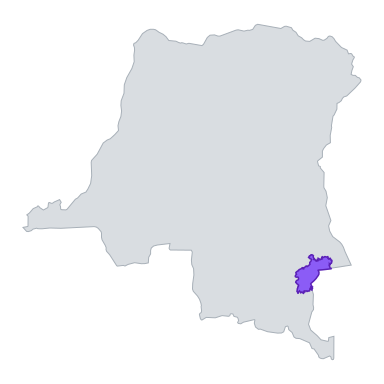 location of Pweto, Katanga, Democratic Republic of the Congo
{"feature_id": "63176286B50481715267247", "entity_name": "Pweto", "entity_type": "district", "adm_level": 2, "iso_a3": "COD", "parent_name": "Democratic Republic of the Congo", "parent_adm1": "Katanga", "projection": "orthographic", "projection_center": [28.595, -8.698], "detail": "fine", "context": "in_parent", "style": "filled", "palette": "violet", "viewbox_px": 384, "rotation_deg": 0, "n_neighbors": 0, "source": "geoboundaries", "source_scale": "gbopen_adm2", "svg_char_len": 8518}
<svg xmlns="http://www.w3.org/2000/svg" viewBox="0 0 384 384"><path d="M351.2,265.1L318.1,270.2L318.8,272.1L318.5,274.1L317.6,275.6L314.3,279.8L309.3,283.5L309.3,284.4L311.8,288.7L313.4,294.5L313.0,304.7L313.6,307.4L313.5,309.6L311.8,312.0L308.5,324.2L310.8,330.1L317.2,335.7L321.0,339.8L327.4,341.3L328.4,341.1L328.8,337.6L333.9,336.3L333.8,358.2L333.4,359.4L332.5,359.7L331.3,359.0L330.9,356.9L329.6,356.0L323.4,358.7L321.8,358.6L320.1,358.1L318.8,357.0L318.5,355.3L314.1,349.0L312.0,348.5L309.5,342.8L299.8,338.6L296.0,338.3L294.0,337.0L292.1,332.5L288.8,329.7L288.1,326.5L287.4,326.0L285.4,326.7L283.7,331.8L281.5,333.0L277.5,333.1L267.5,331.7L260.3,329.1L258.4,329.3L255.5,327.0L254.3,323.1L254.9,320.0L254.3,319.6L243.4,322.2L240.8,323.8L238.3,323.4L237.6,322.6L238.6,320.5L238.0,318.3L237.2,317.2L234.0,316.4L232.9,314.0L230.9,313.7L230.3,314.1L229.8,315.7L228.6,316.3L222.1,315.6L215.3,317.8L206.2,317.4L202.0,320.0L201.3,319.9L200.4,318.7L199.4,314.5L199.9,313.4L201.2,312.6L201.6,310.9L201.1,306.6L201.4,305.6L200.9,303.1L199.5,299.2L197.5,296.0L193.3,291.3L192.5,289.0L192.7,283.6L193.9,275.0L193.6,268.7L191.8,264.6L191.4,260.1L192.3,252.1L191.3,250.2L170.4,250.0L169.6,249.4L169.1,248.3L170.0,243.5L157.4,245.0L153.6,246.0L151.3,248.0L150.6,250.4L150.6,253.9L148.7,257.3L148.3,262.9L144.8,263.6L141.4,263.7L134.6,262.7L128.1,264.4L125.0,266.0L123.3,265.4L117.4,266.1L116.7,265.7L109.7,254.8L106.6,251.3L106.0,249.5L106.2,247.8L105.3,245.5L102.1,239.9L101.5,237.3L101.5,233.1L101.1,231.7L98.2,228.3L96.4,227.1L94.3,226.6L60.9,228.3L49.9,228.0L41.9,228.8L37.8,228.7L36.7,228.2L33.1,229.1L31.2,230.7L28.3,231.6L26.6,231.4L23.0,227.4L27.7,226.5L28.0,226.1L28.1,216.2L26.8,214.9L29.3,213.1L33.2,208.6L37.1,206.9L37.6,206.0L38.5,206.0L39.9,207.7L43.4,210.0L47.6,207.7L48.0,207.1L48.5,202.9L49.5,202.5L51.3,203.3L52.4,203.3L54.2,202.0L59.6,199.6L61.2,202.3L59.8,204.8L60.5,206.5L60.7,209.2L61.6,209.7L65.9,209.9L67.1,209.2L75.4,199.2L77.6,198.0L81.2,194.0L85.9,192.1L87.9,189.0L90.6,183.5L91.7,175.7L91.2,162.3L91.6,160.4L97.2,154.2L103.2,143.0L107.2,140.0L110.2,138.8L114.8,134.6L118.5,130.5L118.0,125.7L118.9,121.6L120.9,116.5L121.6,111.1L120.9,105.4L121.2,100.7L124.0,93.3L124.3,84.8L126.8,77.6L131.9,68.5L134.2,61.7L133.9,55.1L134.6,50.3L134.4,47.4L133.5,45.0L134.0,43.4L135.8,42.7L138.2,40.2L142.5,33.6L147.1,30.4L150.2,29.3L153.5,29.3L155.6,29.8L159.1,32.3L163.0,34.2L166.0,36.7L168.8,40.5L175.9,41.2L178.9,42.6L180.8,43.1L181.5,42.7L182.9,42.9L186.2,44.0L188.9,43.3L202.0,45.6L203.5,44.3L207.3,37.5L210.0,35.2L214.5,34.9L218.0,36.1L219.9,36.1L236.1,30.1L238.2,29.8L244.0,31.1L247.9,30.2L249.4,30.4L252.7,29.4L255.4,25.3L257.7,24.3L280.9,28.5L284.5,26.4L286.2,26.2L291.4,27.7L292.9,30.2L296.0,32.3L298.2,35.8L301.7,37.8L303.5,39.7L305.5,41.0L309.7,41.4L315.1,38.2L318.9,38.6L322.7,40.3L324.1,40.2L326.9,38.4L328.4,36.4L329.9,36.0L332.2,36.8L334.0,38.7L335.6,41.4L341.5,47.5L347.1,50.1L348.5,53.8L350.6,53.5L351.6,53.8L353.1,56.2L354.1,56.7L354.3,57.6L352.9,59.9L351.6,64.1L353.3,66.7L351.9,70.5L351.1,74.4L353.0,75.4L355.3,75.4L357.5,77.4L359.2,77.8L361.0,80.0L360.6,81.8L355.0,88.1L346.7,96.0L343.8,96.9L342.4,98.4L341.3,100.7L338.9,102.6L337.0,103.4L336.9,109.1L334.1,115.0L333.0,116.2L331.4,125.8L331.7,127.5L330.2,135.4L330.4,142.7L326.4,145.0L323.6,148.6L322.4,151.1L322.4,157.1L317.8,160.8L317.5,161.6L318.6,165.8L320.3,166.5L320.3,168.0L324.1,172.5L323.8,186.5L324.0,187.9L326.0,191.2L327.3,197.6L325.8,205.7L330.9,220.5L328.6,225.9L329.7,231.1L332.7,236.6L339.8,242.0L341.7,244.2L343.4,247.2L345.1,251.8L351.2,265.1Z" fill="#d9dde1" stroke="#a8b0b8" stroke-width="1"/><path d="M312.4,287.0L312.4,286.8L312.0,286.5L310.7,283.9L310.9,283.5L312.1,282.4L313.7,281.0L316.1,278.5L316.9,277.3L317.8,276.1L318.8,274.5L319.0,272.9L318.8,271.6L318.2,270.6L318.1,270.3L318.3,270.2L319.3,270.0L322.5,269.8L331.1,268.8L331.2,268.6L331.1,268.3L330.8,268.2L330.5,268.1L330.2,268.0L330.0,267.7L329.9,267.5L329.8,266.8L329.6,266.5L329.4,265.8L329.2,265.6L329.2,264.9L329.4,264.3L329.4,264.2L329.7,264.7L330.0,264.8L330.3,264.6L330.2,263.8L330.2,263.6L330.4,263.5L330.5,263.5L330.8,263.4L331.0,263.3L331.2,263.2L331.4,263.2L331.5,262.9L331.6,262.6L331.5,262.4L331.7,261.9L331.9,261.7L331.9,261.4L331.8,261.2L331.8,260.5L331.7,260.4L331.8,260.3L331.7,260.2L331.3,260.4L331.1,260.3L331.1,259.9L330.5,258.8L330.4,258.5L330.3,258.4L330.2,258.3L330.0,258.5L329.9,258.6L329.5,258.7L329.5,258.8L329.3,259.0L329.2,259.2L328.8,259.2L328.6,258.9L328.6,258.1L328.4,258.0L328.1,258.1L328.2,257.8L328.1,257.6L327.9,257.5L327.8,257.1L327.9,256.8L327.8,256.6L327.7,256.6L327.4,256.7L326.4,257.1L326.0,257.0L325.8,256.8L325.6,256.7L324.9,256.6L324.7,256.6L324.0,257.2L323.7,257.5L323.0,257.3L322.8,257.2L322.6,256.8L322.3,257.0L322.2,257.0L321.9,257.1L321.7,257.2L321.7,257.3L321.9,257.4L322.0,257.5L321.9,257.7L321.7,257.9L321.7,258.0L321.8,258.1L321.9,258.3L322.0,258.3L321.9,258.5L322.0,258.7L321.9,258.7L321.9,258.8L322.0,258.8L322.0,259.0L321.9,259.1L321.4,259.1L321.2,259.2L320.7,259.5L320.4,259.6L320.5,259.2L320.3,259.1L319.5,259.2L319.3,259.1L319.0,258.8L318.4,258.3L318.2,258.3L318.3,258.5L318.1,258.8L318.0,259.1L317.9,259.2L317.9,259.5L317.7,259.8L317.7,260.0L317.8,260.1L317.6,260.1L317.6,260.3L317.5,260.2L317.5,260.3L317.4,260.3L317.5,260.4L317.4,260.7L317.2,260.9L316.9,261.0L316.2,261.1L315.9,260.9L315.7,260.1L315.5,259.9L315.1,260.0L315.0,259.9L314.7,259.7L314.2,259.6L313.8,259.5L313.9,259.3L314.3,258.9L314.4,258.7L313.7,258.2L313.6,257.7L313.5,257.4L313.2,256.9L313.2,256.5L313.4,255.8L313.1,255.6L313.0,255.4L312.9,255.2L312.5,255.0L312.3,255.0L311.9,254.7L311.4,254.8L311.2,254.8L310.9,254.9L310.7,255.0L310.5,255.3L310.6,255.5L310.3,255.7L310.0,255.8L309.5,255.8L309.4,256.0L309.2,256.5L308.7,257.1L308.5,257.4L308.6,257.6L308.9,257.7L309.7,258.1L309.8,258.6L310.5,258.9L310.8,259.0L311.1,259.1L311.5,259.3L311.6,259.5L311.5,259.8L310.7,261.6L309.8,262.3L309.7,263.3L309.8,263.7L309.9,263.9L310.0,264.2L309.8,264.5L309.4,264.8L308.2,265.9L307.5,266.5L307.0,266.6L306.8,266.5L306.8,266.0L306.3,266.0L306.0,266.1L305.8,266.4L305.4,266.5L305.2,266.8L305.1,267.0L304.5,267.5L304.2,267.6L303.9,267.9L303.6,267.9L303.3,267.7L303.2,267.7L303.4,268.0L303.7,268.8L303.4,268.9L303.2,268.9L302.9,268.8L302.7,268.7L302.5,268.4L302.2,268.2L301.9,268.0L301.6,268.4L301.6,268.5L300.7,268.9L300.6,269.0L299.9,269.3L299.4,269.4L299.1,269.6L299.0,269.9L298.8,270.1L298.5,270.2L298.4,270.3L298.4,270.8L297.6,271.1L297.4,271.1L297.1,271.5L296.5,271.8L296.4,272.1L296.2,272.2L295.9,272.5L295.8,272.9L296.0,273.2L296.4,273.9L296.5,274.4L296.1,274.6L295.9,274.8L295.6,275.4L295.3,275.8L295.3,276.6L295.6,276.8L296.0,277.1L296.5,277.2L297.5,277.1L297.9,277.1L298.1,277.3L298.4,277.8L298.5,278.4L298.5,279.0L298.3,279.6L297.8,280.0L296.8,280.4L296.3,280.9L295.9,281.5L295.7,282.3L295.9,282.6L296.4,282.9L296.5,283.1L296.6,283.5L296.8,283.7L297.0,283.8L297.5,284.2L297.9,284.4L298.0,284.7L298.3,284.9L298.6,285.1L298.6,285.3L298.3,285.6L298.4,286.3L298.3,286.5L298.0,286.8L297.8,286.9L297.7,287.1L297.7,287.3L297.8,287.4L297.8,287.9L297.3,288.7L297.2,289.6L297.2,290.3L296.9,291.2L297.2,291.5L297.9,293.2L298.3,293.1L298.5,292.6L298.5,292.0L298.6,291.7L298.9,291.5L299.1,291.3L299.3,291.3L299.4,291.0L299.5,290.9L300.0,291.6L300.8,292.8L300.9,292.7L301.2,292.5L301.5,292.1L301.9,292.0L302.2,292.1L302.4,292.5L302.6,292.6L302.8,292.7L303.1,293.1L303.2,293.3L303.5,293.4L303.7,293.1L303.7,292.8L303.7,292.2L303.8,292.0L303.8,291.9L304.1,291.9L304.5,292.1L304.8,292.0L304.8,291.8L304.3,291.2L304.3,290.9L305.2,291.0L306.9,290.9L306.9,291.4L307.0,291.5L308.2,291.2L308.8,290.8L309.1,290.8L309.5,290.9L309.7,290.1L309.9,288.9L310.3,289.0L310.9,288.9L311.0,288.9L311.7,289.0L311.8,289.1L311.7,289.2L311.8,289.2L311.7,289.4L311.4,289.3L311.2,289.5L311.3,289.6L311.5,289.7L311.6,289.8L311.6,290.0L311.9,290.0L312.0,290.0L312.0,289.9L311.8,289.8L312.0,289.7L311.9,289.4L312.0,289.2L312.1,288.9L311.6,288.7L311.9,288.6L312.1,288.6L311.8,288.7L312.0,288.7L312.2,288.8L312.3,288.7L312.2,288.6L312.3,288.4L312.0,288.3L311.8,288.5L311.7,288.6L311.7,288.3L311.5,288.2L311.6,287.8L311.5,287.7L311.4,287.8L311.1,287.8L310.8,288.0L310.7,287.9L310.9,287.8L311.0,287.7L311.0,287.3L310.9,287.0L311.0,286.9L310.9,286.7L310.9,286.4L311.0,286.3L311.0,286.1L311.1,286.4L311.1,286.5L311.4,286.4L311.4,286.6L311.5,286.5L311.6,286.8L311.5,287.2L311.4,287.2L311.3,287.3L311.3,287.5L311.4,287.4L311.5,287.4L311.5,287.5L311.8,287.6L312.0,287.4L311.8,287.4L312.1,287.3L312.3,287.3L312.4,287.2L312.4,287.0Z" fill="#8b5cf6" stroke="#5b21b6" stroke-width="1.5"/></svg>